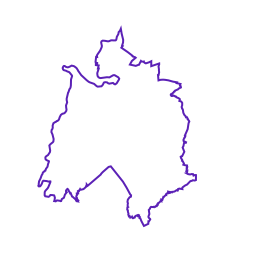 outline of La Piedad, Michoacán, Mexico, rotated 288°
{"feature_id": "50627088B97476448699279", "entity_name": "La Piedad", "entity_type": "district", "adm_level": 2, "iso_a3": "MEX", "parent_name": "Mexico", "parent_adm1": "Michoacán", "projection": "orthographic", "projection_center": [-102.084, 20.299], "detail": "fine", "context": "isolated", "style": "outline", "palette": "violet", "viewbox_px": 256, "rotation_deg": 288, "n_neighbors": 0, "source": "geoboundaries", "source_scale": "gbopen_adm2", "svg_char_len": 5696}
<svg xmlns="http://www.w3.org/2000/svg" viewBox="0 0 256 256"><g transform="rotate(288 128 128)"><path d="M102.5,56.0L100.5,56.4L98.5,58.2L94.5,60.7L92.1,61.2L91.2,60.9L88.6,59.2L87.1,58.6L82.4,61.0L80.9,61.2L77.6,60.3L75.8,58.9L74.7,58.5L74.2,58.6L72.9,59.2L72.5,59.8L72.2,61.0L72.0,63.0L71.6,63.2L68.9,63.1L66.3,63.4L63.9,62.6L62.0,62.6L61.8,62.1L61.4,61.9L60.9,62.0L60.1,61.2L59.2,60.8L57.9,60.9L56.4,60.5L53.0,60.4L49.8,59.9L47.0,60.4L46.5,60.7L45.3,60.6L45.0,61.0L44.9,61.3L45.4,62.4L45.9,62.7L47.8,63.2L51.0,63.4L51.7,63.8L52.4,67.1L52.5,69.2L53.2,70.3L53.2,70.7L52.4,70.9L47.2,70.5L45.8,70.2L42.7,68.8L41.3,68.6L38.3,69.5L37.5,70.4L38.0,73.7L38.8,74.4L40.3,74.9L40.8,76.7L41.1,78.5L40.6,79.0L39.1,80.0L36.9,80.4L35.9,80.4L36.1,80.8L35.8,81.0L35.8,81.3L35.9,81.9L37.2,82.8L37.7,85.6L37.6,86.5L37.9,87.0L39.9,87.0L41.9,88.6L45.2,88.6L47.9,89.6L48.1,88.8L49.5,88.4L51.4,89.2L51.4,89.4L50.5,90.7L49.7,91.2L49.2,92.1L47.2,93.8L49.0,93.1L45.5,96.0L45.2,96.4L45.7,96.1L43.3,101.5L42.9,101.2L42.5,101.7L42.7,103.1L43.1,102.7L43.7,103.1L44.5,101.8L45.6,101.1L45.5,100.8L45.9,100.7L46.0,100.3L47.2,99.9L49.0,100.3L49.2,99.8L49.9,99.5L50.5,100.7L51.6,100.0L52.2,100.2L52.2,100.8L51.9,100.8L52.9,100.9L53.1,100.4L53.6,101.0L55.1,101.3L54.6,101.9L54.8,102.4L56.1,104.5L57.0,105.1L58.6,106.0L59.6,106.1L59.6,106.5L60.1,106.6L61.5,106.2L60.6,107.5L74.9,116.2L75.4,116.5L76.2,116.6L78.3,117.6L85.0,121.6L86.2,123.5L75.4,139.8L70.9,145.0L65.4,150.8L65.0,151.7L63.6,152.0L62.6,150.9L59.9,150.0L57.7,150.3L57.1,150.6L56.5,151.2L55.3,151.3L53.0,152.0L52.8,152.5L52.1,152.0L50.1,152.5L49.7,153.3L48.3,153.8L46.6,155.0L45.8,155.0L45.3,155.5L44.9,155.6L44.2,156.2L44.7,156.8L43.5,157.8L43.9,158.1L44.4,159.2L44.8,159.3L43.8,160.2L43.7,160.6L45.0,162.1L45.7,161.8L46.9,162.6L48.5,164.5L48.4,165.5L47.5,165.6L47.1,165.4L47.1,166.6L45.9,166.8L45.9,167.6L43.6,169.5L39.8,173.4L43.1,176.9L45.4,176.3L45.4,176.7L48.0,177.4L48.3,177.2L48.9,175.8L49.7,174.9L50.3,174.8L52.8,174.9L56.5,173.1L58.0,173.8L59.1,173.8L60.1,174.3L60.5,176.1L61.0,176.8L60.8,177.3L61.3,177.6L61.6,178.1L61.6,178.5L62.6,178.8L62.7,179.5L64.2,179.4L64.2,180.0L65.7,179.9L65.7,180.2L66.5,180.5L67.9,181.3L68.3,181.7L68.8,181.6L68.7,182.4L70.3,181.8L70.3,182.9L73.3,182.9L73.3,183.3L74.7,183.9L75.7,184.6L76.2,184.6L76.2,185.0L76.9,184.7L77.7,185.1L78.0,185.6L79.0,186.0L79.9,185.8L79.9,186.2L78.4,186.5L79.4,188.1L80.2,188.0L80.4,189.7L80.9,189.7L81.6,191.3L82.2,192.1L83.9,193.4L83.8,194.6L84.3,194.7L85.5,194.5L86.0,195.2L86.2,196.0L86.3,196.0L86.7,198.6L87.7,198.1L88.5,198.3L91.0,200.1L92.5,201.7L96.5,203.6L97.1,204.2L97.4,205.0L98.3,205.7L98.7,207.8L99.5,208.7L104.2,207.2L104.0,206.2L103.0,205.0L104.2,204.1L103.9,202.8L103.0,201.4L102.7,199.4L103.0,197.9L103.1,198.1L105.7,197.6L105.2,196.8L108.3,196.5L108.3,196.2L109.1,196.3L109.1,196.0L110.6,195.7L110.2,193.5L110.2,192.0L111.5,192.2L113.4,190.2L113.5,189.5L114.4,189.4L115.6,187.9L116.9,187.0L117.6,187.5L117.9,188.2L122.8,188.9L126.3,186.0L127.9,186.3L131.3,185.9L131.8,187.6L132.4,187.6L132.7,185.1L132.9,184.8L134.0,184.4L134.8,184.5L136.0,184.6L136.1,184.8L137.6,185.1L138.0,185.0L137.8,184.7L138.2,184.4L145.3,185.1L151.4,184.1L153.1,184.3L153.6,183.9L153.8,183.3L154.7,182.6L154.8,182.0L155.3,181.9L156.4,180.8L156.0,180.0L156.3,179.6L156.9,179.3L157.9,177.5L159.6,175.9L162.2,174.6L162.8,174.1L163.1,173.5L163.4,173.5L164.2,172.7L164.6,172.5L166.4,172.5L168.6,171.8L169.6,170.5L169.6,168.5L171.1,168.5L171.6,168.2L172.0,166.9L172.2,164.6L172.7,164.1L172.5,163.4L172.8,163.0L172.8,162.1L172.9,161.6L172.8,161.2L172.5,160.9L172.0,159.9L171.9,159.4L172.7,158.4L173.4,158.4L174.3,159.7L174.9,159.6L175.9,160.4L176.7,160.4L177.2,161.1L178.1,161.2L180.2,163.6L181.3,164.1L182.9,165.8L184.1,165.2L184.2,164.4L184.5,164.2L186.1,164.3L185.7,160.4L186.6,160.5L186.0,156.5L185.8,151.7L185.3,148.5L184.8,146.4L183.9,144.1L182.7,142.3L187.6,140.2L187.8,140.7L190.6,140.4L192.6,139.5L193.4,139.3L196.0,138.0L198.2,138.0L199.0,137.7L194.0,131.0L198.7,129.5L196.9,127.6L195.0,125.0L195.1,123.9L195.6,122.6L196.1,122.5L195.4,120.7L195.4,120.4L195.8,119.6L191.5,118.9L191.3,118.4L189.5,116.2L188.9,110.2L193.0,111.0L197.2,113.6L197.5,112.9L197.5,110.4L197.8,109.9L198.1,109.9L200.1,104.3L202.3,96.9L204.3,97.6L204.4,96.9L207.7,96.9L210.3,96.2L215.8,92.8L220.2,90.5L218.0,90.3L216.3,89.5L214.3,89.8L211.3,89.2L209.0,89.5L208.2,89.5L207.6,89.2L207.3,88.7L206.2,84.9L204.6,83.0L204.2,82.1L203.8,79.2L203.3,77.0L202.4,76.1L201.5,76.0L200.9,76.1L198.0,77.8L196.7,78.0L193.0,77.6L188.1,76.1L187.2,76.1L186.0,76.7L185.8,75.7L180.8,76.7L180.7,77.0L180.0,77.3L180.3,78.6L178.8,79.1L178.5,77.8L177.9,78.0L178.4,80.8L175.4,81.0L175.6,81.5L175.9,81.6L175.8,81.8L171.0,81.8L170.1,82.0L168.1,83.0L167.1,84.3L166.9,85.7L167.0,86.5L169.8,92.3L170.4,94.7L173.5,97.5L173.9,98.2L174.1,99.0L173.2,103.1L172.2,104.4L171.2,104.4L167.0,103.4L166.4,103.0L165.5,102.2L165.6,101.1L166.1,100.3L166.2,99.8L164.4,96.5L164.4,95.3L164.9,94.0L164.6,92.4L164.3,91.7L163.7,91.0L161.3,90.7L159.5,89.9L158.0,86.5L158.1,85.3L159.5,82.1L159.6,77.6L159.8,76.3L160.7,73.9L163.8,67.2L166.5,63.6L166.6,63.3L167.3,62.7L168.9,60.8L169.3,60.0L170.0,58.0L170.1,57.2L169.9,55.1L168.2,53.5L167.1,52.1L166.9,50.3L167.4,48.6L167.2,47.9L166.6,47.5L165.3,47.3L164.7,47.4L163.6,48.2L163.2,49.0L163.3,51.5L163.0,52.8L163.0,54.5L162.7,55.3L160.6,58.5L160.0,58.8L156.6,58.8L150.9,60.5L149.0,60.8L147.7,60.7L146.8,60.3L143.7,60.3L143.2,60.1L137.0,60.6L135.5,61.1L133.6,62.2L130.3,62.1L128.3,62.9L126.6,63.8L125.2,64.0L123.2,63.4L122.0,62.5L121.3,61.2L119.7,60.1L117.2,59.7L115.0,59.7L113.9,59.4L112.9,58.7L112.5,58.0L111.4,57.4L111.1,56.9L109.5,55.6L107.0,55.6L105.1,56.3L103.8,56.4L102.5,56.0Z" fill="none" stroke="#5b21b6" stroke-width="2"/></g></svg>